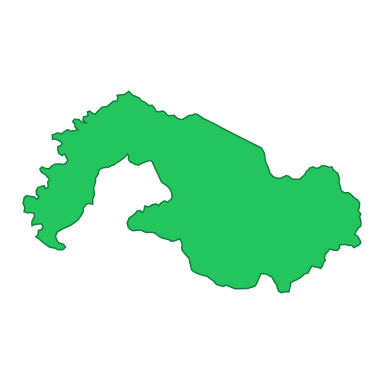 Cumari, Goiás, Brazil
{"feature_id": "56859067B19159308765425", "entity_name": "Cumari", "entity_type": "district", "adm_level": 2, "iso_a3": "BRA", "parent_name": "Brazil", "parent_adm1": "Goiás", "projection": "mercator", "projection_center": [-48.176, -18.317], "detail": "fine", "context": "isolated", "style": "filled", "palette": "green", "viewbox_px": 384, "rotation_deg": 0, "n_neighbors": 0, "source": "geoboundaries", "source_scale": "gbopen_adm2", "svg_char_len": 3999}
<svg xmlns="http://www.w3.org/2000/svg" viewBox="0 0 384 384"><path d="M92.7,204.3L92.7,199.1L94.4,195.1L94.1,191.3L93.7,187.7L94.6,184.9L95.5,181.8L95.6,178.0L98.1,174.3L98.8,170.6L101.5,168.2L106.2,167.3L109.0,167.0L111.2,165.7L113.9,164.9L116.4,162.9L118.6,161.8L121.1,160.0L123.1,158.4L126.1,156.1L127.6,153.9L128.8,156.1L128.4,159.5L130.6,162.2L132.9,163.0L134.9,164.4L138.5,165.1L142.5,162.9L146.3,161.6L149.5,160.5L151.9,161.2L161.7,182.3L165.5,184.7L168.6,187.4L170.7,190.3L171.7,193.3L172.0,198.1L169.6,200.7L167.2,202.1L164.4,200.9L160.8,203.1L158.8,205.5L156.0,203.9L151.9,204.9L148.9,206.8L144.7,206.1L144.1,210.0L142.6,212.5L139.9,210.4L137.0,211.2L135.4,213.3L133.1,215.2L129.0,218.1L127.2,223.1L128.1,227.0L129.6,229.0L132.7,230.7L138.3,230.2L141.4,230.4L146.0,232.4L152.7,232.3L156.3,233.9L159.2,236.5L162.9,238.2L168.8,239.6L171.3,241.3L174.7,240.8L179.7,238.8L182.1,243.1L181.8,249.5L184.6,253.5L187.1,256.2L189.1,258.6L191.5,269.6L193.7,271.7L198.9,274.2L206.8,276.2L213.7,281.1L216.3,284.4L223.0,286.5L226.1,285.1L233.0,287.9L235.3,288.8L247.5,288.5L254.9,286.2L256.5,283.8L260.9,273.7L265.5,273.8L271.8,277.0L274.8,282.5L276.8,285.0L277.3,287.9L278.7,291.2L281.2,292.7L284.7,291.8L288.8,291.9L290.0,287.2L290.5,283.2L293.7,280.9L296.7,279.8L300.5,277.4L302.7,275.9L304.1,274.1L308.2,272.8L310.4,268.3L312.0,265.9L314.8,266.9L318.3,267.3L320.5,268.5L322.5,265.9L323.6,262.4L325.3,260.5L324.5,257.2L325.2,254.3L327.4,252.0L329.8,249.0L333.5,250.1L337.2,250.5L339.6,248.1L339.5,245.3L341.8,244.6L345.8,244.6L349.0,245.5L351.8,245.3L353.9,247.7L357.4,245.9L359.7,244.4L360.8,242.0L359.0,238.5L357.2,235.9L354.7,234.5L356.1,231.3L357.9,228.4L360.5,226.3L361.0,223.9L360.7,220.1L359.5,216.8L360.8,213.9L358.2,211.0L359.3,207.7L359.6,202.8L357.6,199.9L355.4,198.7L352.9,196.5L351.1,194.4L348.4,192.7L344.2,192.8L341.2,190.6L340.2,186.5L339.0,182.3L339.3,179.7L338.9,176.7L337.7,173.3L335.4,171.7L333.2,169.8L332.2,167.0L329.3,167.3L326.7,166.4L323.8,165.7L321.4,166.0L318.9,167.9L315.7,168.2L313.0,166.9L310.0,167.8L308.2,169.9L306.4,171.5L304.9,174.5L299.7,179.2L292.0,179.1L288.8,176.3L286.5,175.5L283.9,176.7L280.0,178.5L275.7,177.9L272.9,176.5L269.9,173.0L268.8,169.1L266.2,163.3L265.4,160.4L264.8,157.0L264.5,153.7L263.2,151.1L261.3,148.0L226.4,130.3L212.0,122.7L203.0,118.3L198.0,114.7L194.8,113.9L192.4,115.2L189.2,115.5L182.6,119.4L179.5,119.4L177.2,118.2L174.2,115.3L171.3,115.6L168.2,115.7L166.4,114.1L165.0,112.2L162.3,110.9L159.6,111.8L156.2,111.6L154.4,107.9L152.0,105.2L149.0,105.6L147.0,103.9L144.1,101.9L141.4,100.7L139.4,98.2L136.3,96.6L132.6,95.3L130.5,93.1L128.8,91.3L126.9,92.9L123.9,94.8L119.9,94.9L117.0,95.4L117.8,97.7L117.0,101.1L113.2,101.2L111.0,103.2L108.7,105.1L106.8,106.7L102.0,107.1L100.2,109.0L97.6,111.5L95.2,114.1L92.3,113.2L89.7,111.0L87.5,112.0L88.1,115.8L83.8,116.8L82.8,120.2L86.0,122.8L81.4,122.2L79.1,119.7L74.7,119.1L72.6,121.5L75.0,124.2L74.9,126.8L77.9,129.9L73.5,130.8L70.8,131.3L67.7,129.6L64.1,131.8L61.6,134.0L57.5,132.9L54.9,134.2L52.3,134.9L52.6,139.4L55.0,139.0L57.8,140.1L60.2,141.2L62.0,143.1L60.8,145.6L57.9,146.6L57.8,149.7L58.9,153.5L62.1,155.6L64.5,154.0L66.2,157.0L67.9,160.4L65.7,163.3L63.2,164.5L60.8,164.0L58.1,164.0L54.9,164.2L51.6,166.1L49.3,168.7L46.3,168.8L41.8,167.0L39.9,169.1L41.2,171.9L43.2,173.4L45.5,174.7L47.6,177.3L49.6,179.2L47.7,182.1L48.1,185.0L47.9,187.7L45.0,188.5L44.5,185.8L41.4,186.3L38.0,187.5L36.1,191.1L36.8,194.8L39.3,196.5L36.5,199.3L34.0,196.8L30.1,196.4L27.0,195.6L24.3,197.3L23.6,200.8L23.0,203.5L24.3,206.0L24.8,208.8L24.0,211.7L27.8,212.9L30.7,212.5L34.0,213.3L34.5,216.6L32.6,219.8L31.8,222.3L32.1,225.7L34.4,224.5L37.5,224.2L40.7,223.6L43.1,225.9L41.6,229.5L38.3,230.5L38.4,234.0L36.0,236.9L38.5,238.5L44.2,243.3L49.6,247.2L55.1,248.2L58.2,249.8L62.6,249.8L65.6,247.0L63.2,244.2L58.8,242.9L56.6,239.7L55.5,236.3L57.1,232.2L62.3,229.0L70.5,225.4L76.3,221.3L78.6,219.2L81.9,214.3L83.1,211.9L83.4,208.0L86.0,204.6L88.4,203.3L92.7,204.3Z" fill="#22c55e" stroke="#15803d" stroke-width="1.5"/></svg>